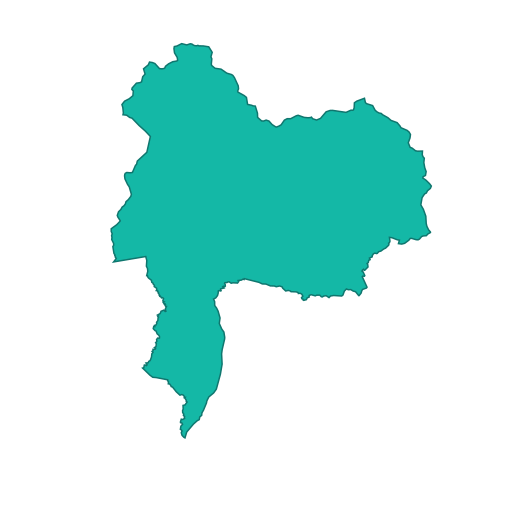 Pablo Sexto, Morona Santiago, Ecuador, rotated 103°
{"feature_id": "8360857B79368212574342", "entity_name": "Pablo Sexto", "entity_type": "district", "adm_level": 2, "iso_a3": "ECU", "parent_name": "Ecuador", "parent_adm1": "Morona Santiago", "projection": "natural_earth1", "projection_center": [-78.197, -1.841], "detail": "fine", "context": "isolated", "style": "filled", "palette": "teal", "viewbox_px": 512, "rotation_deg": 103, "n_neighbors": 0, "source": "geoboundaries", "source_scale": "gbopen_adm2", "svg_char_len": 6079}
<svg xmlns="http://www.w3.org/2000/svg" viewBox="0 0 512 512"><g transform="rotate(103 256 256)"><path d="M92.5,196.2L95.8,200.6L96.9,214.2L97.5,216.5L99.7,220.1L107.4,224.1L109.9,227.6L109.5,231.7L108.2,233.2L108.9,234.2L109.6,236.4L110.1,240.3L109.4,246.6L110.3,248.3L114.4,253.1L115.2,256.5L117.2,258.9L122.5,261.0L124.2,262.8L125.7,265.0L125.7,266.0L124.3,269.9L121.6,273.7L121.3,276.7L122.8,279.0L123.1,281.0L120.6,285.6L116.5,286.7L110.1,290.4L110.4,292.8L110.1,294.0L110.2,298.3L103.6,301.0L102.3,303.7L100.4,310.4L99.3,311.0L97.1,310.6L94.2,311.6L87.1,317.1L85.3,319.1L84.7,320.6L84.4,325.6L81.8,332.1L82.3,338.2L80.3,342.1L79.1,342.7L73.8,343.4L72.1,344.7L67.4,344.5L62.8,349.1L63.2,354.7L64.1,358.8L63.8,360.0L64.5,361.0L64.8,362.7L64.7,364.1L63.9,366.1L64.0,367.8L65.9,370.9L65.8,376.2L69.2,380.3L70.3,382.7L72.4,382.6L76.4,381.1L80.3,377.4L82.9,376.4L83.8,377.0L85.4,380.8L88.4,384.4L91.5,386.9L93.2,387.1L93.9,387.7L94.8,389.7L95.1,392.2L91.2,397.8L90.8,400.5L91.0,403.4L93.9,403.9L98.9,407.7L103.7,405.0L106.8,406.7L112.0,406.7L113.1,407.9L114.5,411.4L120.2,414.5L121.7,414.4L122.7,412.7L127.5,412.0L131.3,414.9L134.7,418.9L138.6,420.7L141.2,419.2L146.5,417.4L148.3,417.4L147.9,413.7L149.4,410.3L149.6,407.8L155.2,399.2L159.2,391.9L163.3,385.8L179.5,385.7L190.2,393.0L193.6,393.0L194.7,393.8L202.4,395.2L203.2,397.2L203.7,400.7L204.9,402.0L206.0,402.2L207.5,402.1L210.4,401.0L215.2,397.2L217.1,395.1L223.9,391.3L226.1,391.4L229.8,393.1L232.3,394.9L234.6,395.0L236.7,395.9L238.4,397.4L241.2,398.2L243.8,399.9L247.7,400.3L249.2,399.3L252.2,396.2L252.7,396.3L256.8,398.7L262.0,403.2L264.6,402.6L266.7,401.1L268.6,401.3L270.3,400.5L272.4,400.3L275.7,397.6L277.5,397.1L279.0,397.6L285.4,395.0L286.7,393.7L287.4,393.7L287.9,393.0L288.7,392.9L289.8,391.6L293.8,393.4L281.3,363.3L285.0,361.4L290.6,360.5L292.6,358.9L295.3,358.0L299.7,358.1L299.6,357.3L300.5,357.0L301.6,355.8L303.2,352.4L305.0,351.7L305.7,350.1L306.4,349.9L307.4,348.4L308.7,348.3L309.7,345.7L311.1,345.1L312.1,345.4L312.0,344.0L313.0,343.8L313.3,342.8L314.3,342.8L315.3,341.5L316.2,341.4L316.4,340.6L317.0,340.6L317.1,339.7L318.1,338.6L317.6,337.6L318.2,336.5L320.4,336.7L321.2,336.3L321.3,335.3L322.1,336.0L323.0,335.0L323.0,334.1L323.7,334.3L323.9,333.3L324.6,333.5L325.4,332.7L325.3,331.9L327.9,332.4L330.2,331.4L330.5,332.0L329.4,333.5L331.2,336.1L333.6,336.4L335.7,338.7L336.0,337.7L337.1,338.1L337.5,337.2L338.4,337.5L340.9,337.1L343.0,338.0L343.7,337.5L345.7,337.9L346.4,339.2L347.5,338.7L347.6,339.8L349.9,339.8L351.4,337.6L351.6,336.5L354.1,334.8L355.0,333.0L356.0,332.0L357.6,331.6L358.0,331.9L358.1,333.4L359.8,334.1L361.4,333.4L363.1,334.3L363.7,333.4L366.8,333.1L368.0,334.3L368.4,333.2L368.9,333.0L369.5,333.3L370.1,335.4L371.4,335.0L372.3,335.8L373.1,334.7L374.8,335.5L378.0,335.1L381.7,335.6L382.8,336.8L384.3,337.1L385.0,339.1L386.2,337.8L387.1,337.8L387.5,338.2L387.1,339.5L387.4,340.3L390.0,340.2L390.7,341.3L396.0,332.5L397.4,329.3L396.9,325.8L396.5,314.2L397.5,314.0L398.0,313.1L400.3,312.7L400.1,311.4L401.3,309.9L402.3,309.3L402.5,307.8L406.2,303.2L408.7,298.8L407.7,297.2L407.9,295.6L408.9,294.3L410.1,294.1L409.7,293.1L410.6,293.3L412.2,291.5L413.2,291.4L413.8,290.3L417.1,291.7L418.0,293.5L421.6,292.5L423.0,292.8L425.1,292.2L426.3,290.8L427.6,290.9L428.3,289.5L428.9,289.7L430.3,289.0L431.8,290.7L431.8,292.1L434.8,292.3L435.4,292.0L435.3,290.8L436.5,289.7L438.7,290.9L441.9,290.7L442.3,289.5L443.2,288.7L444.8,289.1L445.5,288.8L447.4,287.7L448.8,285.6L449.2,284.3L443.1,283.9L433.8,279.1L429.7,276.2L428.2,274.5L425.5,274.6L423.5,273.1L421.0,273.4L418.1,272.5L410.4,271.2L408.3,271.3L404.0,270.3L399.0,266.5L394.7,264.7L379.2,264.1L369.0,264.7L359.1,267.5L354.8,267.9L343.9,267.9L342.2,268.2L337.3,270.2L334.8,273.0L330.0,276.6L324.5,277.1L318.3,280.5L315.7,282.6L313.5,285.1L309.8,286.0L307.5,287.7L305.9,285.8L303.2,284.6L300.7,284.5L298.5,284.9L298.1,284.4L298.0,282.4L297.6,282.2L296.6,283.1L296.0,283.1L294.4,280.0L293.5,281.5L292.8,281.0L292.8,279.4L292.2,279.1L290.7,279.6L289.7,280.5L288.9,280.2L288.4,278.3L287.6,277.5L287.2,276.3L288.1,274.1L287.3,272.4L286.5,267.9L284.7,267.1L283.9,267.9L282.7,264.7L281.5,263.5L281.6,262.3L280.7,262.3L281.0,247.1L281.8,243.6L281.1,240.0L281.9,235.3L281.1,231.2L281.4,229.4L279.9,226.2L280.2,223.6L281.3,222.8L283.4,219.2L282.3,216.8L282.3,215.0L282.9,213.9L281.9,208.7L282.2,206.7L283.0,206.3L282.4,204.6L282.8,202.9L284.6,201.3L286.4,202.3L287.4,201.6L287.5,200.5L288.3,200.2L288.5,199.5L287.2,197.1L285.3,196.7L284.1,195.0L282.5,195.3L281.3,193.6L281.5,189.3L280.5,188.0L279.8,185.1L281.0,183.2L281.0,182.2L279.8,181.0L278.9,178.7L280.1,175.5L278.2,174.4L277.0,171.4L275.7,163.5L274.5,162.5L270.3,162.0L267.8,160.5L268.1,158.5L267.4,156.1L268.3,153.5L268.4,151.0L271.5,147.0L271.4,146.6L268.4,145.2L265.8,145.1L264.5,144.5L262.4,141.2L261.4,140.8L252.3,147.8L251.6,147.5L251.3,145.8L250.6,145.6L247.5,148.0L246.9,149.3L245.8,149.1L244.7,148.2L245.6,147.3L245.4,146.8L241.5,144.4L239.2,145.2L238.3,146.1L237.1,145.1L234.9,145.2L233.9,144.0L232.5,145.0L230.7,142.6L229.6,142.8L227.5,142.1L226.5,140.9L226.5,139.0L226.1,138.4L224.2,137.4L223.1,135.4L220.5,133.2L219.2,131.5L215.7,129.2L214.9,129.1L213.7,129.7L213.1,129.0L211.4,128.8L207.8,130.2L207.6,127.6L208.4,122.1L208.3,119.8L211.9,120.0L211.6,116.7L210.2,114.0L206.2,110.6L204.2,109.7L203.8,108.4L204.1,103.5L203.7,101.6L202.7,100.5L199.8,99.0L198.8,97.5L197.9,94.6L195.9,93.5L193.9,91.3L193.3,91.5L191.7,93.7L188.6,96.2L185.9,97.5L179.0,99.5L172.9,103.4L169.1,106.9L161.8,107.3L157.6,105.7L156.3,104.2L153.9,103.6L150.9,101.3L148.4,100.9L146.7,102.9L143.8,107.6L142.5,111.0L141.1,111.0L139.4,109.0L135.5,109.2L132.1,111.4L127.2,113.5L122.9,114.0L121.6,115.7L119.8,116.8L116.3,117.4L117.5,122.0L117.6,124.3L115.8,128.0L115.4,130.3L111.4,133.1L106.4,132.5L102.9,132.8L100.8,134.7L99.6,137.0L98.4,143.6L96.8,145.1L94.3,148.5L93.5,155.0L91.6,158.5L89.9,164.3L88.9,166.1L89.0,168.1L88.4,170.4L87.2,172.7L83.2,176.2L82.7,182.5L81.9,183.9L77.9,185.8L82.4,192.6L84.6,194.6L89.5,193.7L91.7,193.9L92.3,194.7L92.5,196.2Z" fill="#14b8a6" stroke="#0f766e" stroke-width="1.5"/></g></svg>